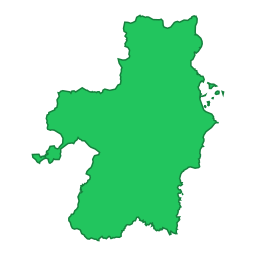 Bone, Sulawesi Selatan, Indonesia
{"feature_id": "22746128B25468135680533", "entity_name": "Bone", "entity_type": "district", "adm_level": 2, "iso_a3": "IDN", "parent_name": "Indonesia", "parent_adm1": "Sulawesi Selatan", "projection": "albers", "projection_center": [120.181, -4.68], "detail": "fine", "context": "isolated", "style": "filled", "palette": "green", "viewbox_px": 256, "rotation_deg": 0, "n_neighbors": 0, "source": "geoboundaries", "source_scale": "gbopen_adm2", "svg_char_len": 5796}
<svg xmlns="http://www.w3.org/2000/svg" viewBox="0 0 256 256"><path d="M32.4,154.5L32.9,157.4L35.8,159.7L37.0,161.7L38.3,162.7L38.9,162.5L39.6,163.1L40.0,161.6L43.5,159.0L46.1,158.1L48.6,159.3L48.4,160.4L49.2,162.8L50.0,163.2L52.3,161.6L53.7,158.9L54.8,159.5L59.1,159.5L60.7,155.8L60.2,153.8L60.8,152.1L60.6,149.1L68.0,143.5L72.2,142.9L73.7,143.6L75.1,141.2L77.0,139.8L78.1,137.5L79.4,139.0L81.2,139.7L82.0,140.7L84.6,140.8L89.2,145.9L90.9,147.2L95.4,149.1L99.6,152.4L98.7,154.7L94.8,155.6L94.2,156.2L92.7,159.4L93.2,161.9L91.7,166.3L90.7,168.0L89.5,168.6L87.0,171.4L86.2,173.8L89.8,175.5L90.3,177.5L89.7,179.5L87.9,180.4L87.7,181.8L86.0,183.6L84.8,183.5L83.5,185.2L82.6,184.6L82.5,185.6L81.2,185.7L81.7,186.5L80.9,186.8L80.5,189.3L81.1,189.1L81.4,190.1L80.6,191.1L82.1,191.8L81.0,192.8L79.8,192.9L78.3,196.2L78.5,196.8L78.0,197.0L79.1,201.0L78.0,204.4L78.1,206.8L76.7,209.1L74.8,210.7L73.8,213.4L72.9,214.3L71.4,214.3L70.8,215.9L69.1,217.5L68.8,218.4L68.9,220.8L70.3,222.4L71.2,225.9L72.4,228.2L74.4,229.1L77.0,228.5L80.3,229.9L81.7,233.6L84.4,235.2L84.7,236.2L87.4,238.8L89.3,239.1L91.2,237.9L94.7,239.2L96.1,239.2L97.6,240.4L98.9,240.6L98.9,238.8L102.0,236.4L103.2,238.1L105.0,238.1L106.3,238.7L109.0,236.3L109.9,236.7L110.9,238.5L112.0,238.3L112.9,237.5L114.0,237.9L116.2,237.1L119.4,237.3L121.1,236.3L121.1,233.4L122.2,231.8L121.9,230.7L123.8,230.4L124.0,228.9L124.9,228.4L125.0,226.9L125.7,226.6L126.1,225.4L127.1,224.7L129.8,224.9L132.1,223.7L132.9,221.6L134.5,220.6L135.4,220.7L136.7,217.4L138.3,217.1L140.0,219.5L139.7,220.2L142.0,221.1L143.0,220.4L143.1,222.3L145.0,221.7L145.7,223.4L145.2,224.2L146.2,225.5L147.3,224.5L148.8,224.9L150.4,223.2L151.1,223.7L152.2,223.2L152.0,224.5L152.7,224.3L152.8,224.8L152.1,225.9L153.0,225.5L153.8,225.9L153.9,228.4L154.4,228.2L155.4,229.8L156.7,230.7L157.4,230.2L159.1,230.7L160.1,230.1L160.0,229.2L161.2,228.9L161.9,229.8L162.8,228.8L162.8,227.7L167.2,229.5L169.7,234.7L171.0,234.1L170.4,232.0L170.9,231.1L172.9,232.7L175.7,233.7L176.8,233.6L176.2,232.3L176.5,229.3L177.0,229.2L176.4,228.7L177.3,225.7L176.9,222.8L179.5,219.8L179.0,219.6L179.4,218.3L179.0,217.9L179.6,216.9L176.9,217.1L176.4,215.7L177.5,214.2L178.2,211.8L178.0,210.5L179.4,209.2L179.8,207.4L180.9,206.9L179.5,204.4L179.9,203.0L179.0,202.4L178.7,201.2L179.0,200.1L180.2,200.0L179.6,199.5L180.2,199.3L180.5,198.0L179.4,198.2L178.2,196.0L177.9,193.9L178.6,193.1L180.2,193.2L181.4,191.6L180.4,189.7L179.3,189.9L178.4,189.2L177.5,187.5L178.3,185.8L179.3,185.3L180.7,185.8L182.3,184.5L181.6,183.8L182.1,182.7L180.5,182.6L180.5,180.8L179.6,178.5L180.8,174.0L182.3,171.8L183.6,171.1L183.7,170.4L187.6,168.2L188.1,167.4L190.3,166.8L195.1,168.2L198.6,167.6L199.6,166.7L198.8,162.9L199.4,162.6L199.3,160.5L198.6,159.0L199.6,158.6L200.4,156.2L200.4,154.4L199.8,153.6L200.2,149.6L201.8,146.8L203.4,146.4L202.2,144.9L203.9,141.0L203.9,139.0L203.1,137.6L203.8,135.2L206.0,131.7L211.5,127.5L214.6,123.6L215.9,122.7L218.7,122.7L216.3,122.4L215.9,121.0L214.0,120.3L213.8,118.4L213.2,118.3L213.5,116.6L211.7,114.1L205.8,111.7L203.7,109.9L199.8,98.9L199.8,97.4L200.3,97.5L200.4,96.0L202.2,96.4L205.3,95.5L205.6,94.8L205.2,95.1L205.1,94.3L205.2,95.2L202.3,96.2L200.1,95.9L200.3,94.3L202.1,93.9L200.3,94.3L200.2,91.0L198.9,89.6L198.1,86.9L199.1,85.7L199.4,84.0L200.8,81.6L201.4,81.7L202.0,80.9L203.3,82.0L204.2,79.4L203.0,76.4L200.7,76.2L199.6,74.7L197.3,74.4L197.0,73.9L197.9,73.3L197.0,72.2L196.8,70.8L195.4,70.4L194.7,69.7L194.9,69.1L194.0,69.0L190.9,65.8L190.9,60.6L192.8,59.5L194.9,55.2L194.3,52.3L194.8,52.0L196.2,53.1L198.3,51.3L200.4,48.2L199.9,47.6L200.8,47.5L201.4,46.7L202.2,43.9L202.0,41.3L200.8,38.3L197.3,35.0L195.2,34.7L195.8,34.1L195.2,32.7L195.4,25.9L196.9,22.6L197.1,19.8L197.1,18.6L195.9,16.2L195.0,16.6L194.3,15.9L193.4,16.1L191.8,16.9L191.5,18.3L190.5,18.3L187.9,20.4L184.0,20.1L179.5,22.3L177.5,21.4L175.4,22.0L174.3,22.6L170.9,27.0L167.6,28.3L164.1,27.1L163.2,25.5L162.8,20.9L161.2,19.2L159.5,19.8L153.1,19.6L148.6,17.1L146.7,16.9L145.6,17.4L142.4,16.1L140.7,16.6L140.0,15.4L136.7,17.3L135.5,21.1L133.2,22.4L130.6,23.3L128.0,22.4L124.8,22.2L123.5,28.4L124.1,31.4L126.4,32.7L126.5,33.7L125.0,36.1L126.9,38.0L126.8,39.3L126.4,39.6L127.0,40.5L125.0,43.7L125.4,45.2L125.0,46.3L127.9,47.4L129.6,50.2L128.9,54.3L129.7,55.9L129.3,57.6L125.7,59.9L122.8,60.1L118.2,58.9L119.2,63.2L122.0,67.7L121.3,69.3L121.4,71.6L120.1,75.3L120.8,76.8L120.5,79.1L121.0,80.6L120.4,84.0L118.0,85.0L115.4,89.1L109.7,90.4L104.8,89.1L103.0,90.2L102.6,92.1L100.5,93.5L99.1,91.7L97.1,91.9L96.6,92.6L94.9,91.9L92.6,92.1L92.2,91.6L91.3,92.2L88.8,91.4L87.1,90.2L86.3,90.3L82.2,87.8L75.7,92.0L74.1,90.9L71.9,91.1L70.9,93.2L70.0,91.9L62.7,90.7L60.6,91.4L59.5,92.9L58.2,92.7L59.3,96.3L57.0,99.9L57.6,103.7L56.9,107.4L54.9,108.4L54.7,109.9L48.9,112.5L48.7,114.3L47.1,115.0L46.3,118.6L47.2,120.8L46.8,122.7L48.0,124.9L47.3,128.0L47.7,129.2L50.4,130.2L51.9,129.8L54.3,130.2L60.8,134.1L63.0,138.2L62.7,143.4L59.4,146.9L59.0,148.0L57.5,148.9L55.2,148.0L54.2,145.9L50.1,146.4L48.6,150.0L46.6,151.3L46.4,153.1L47.7,153.3L47.2,153.8L47.7,154.4L46.5,155.0L45.7,154.7L45.2,155.2L45.3,156.1L44.7,156.1L45.0,156.7L44.0,156.7L43.8,156.1L41.8,156.4L41.1,157.5L40.4,157.1L38.9,154.3L32.4,154.5ZM210.8,84.1L207.9,82.7L207.7,83.0L209.3,84.3L209.5,88.4L211.1,88.5L212.8,86.5L214.5,85.6L215.6,86.3L216.6,86.0L213.9,84.2L210.8,84.1ZM216.2,94.4L218.8,93.8L219.1,92.5L218.9,91.3L217.3,91.1L215.7,92.3L215.3,93.7L216.2,94.4ZM209.1,105.3L209.2,103.5L208.3,103.4L207.8,105.1L208.6,105.6L209.1,105.3ZM223.1,94.4L223.6,92.0L222.2,91.5L223.1,94.4ZM207.6,102.5L209.4,102.3L209.1,101.5L207.4,101.9L207.6,102.5ZM205.5,107.3L205.8,106.8L205.3,105.8L204.7,105.8L204.5,106.7L205.5,107.3ZM213.0,98.6L213.2,97.7L212.4,97.8L212.2,98.4L213.0,98.6ZM182.6,194.5L183.1,194.7L182.5,194.0L182.6,194.5Z" fill="#22c55e" stroke="#15803d" stroke-width="1.5"/></svg>